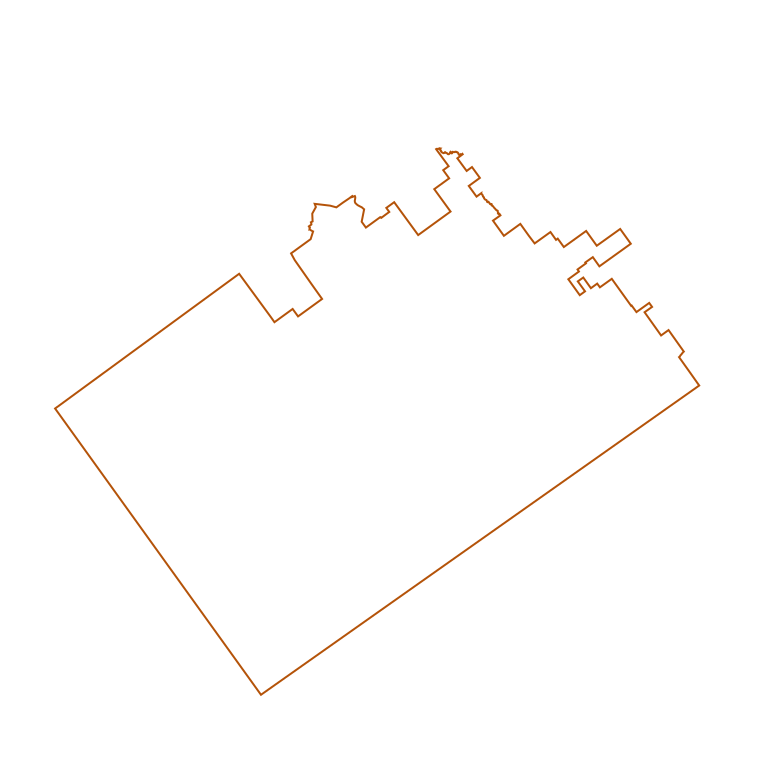 the district of Halls Creek, Western Australia, Australia, rotated 54°
{"feature_id": "25037944B45139039746134", "entity_name": "Halls Creek", "entity_type": "district", "adm_level": 2, "iso_a3": "AUS", "parent_name": "Australia", "parent_adm1": "Western Australia", "projection": "orthographic", "projection_center": [126.613, -19.001], "detail": "fine", "context": "isolated", "style": "outline", "palette": "amber", "viewbox_px": 768, "rotation_deg": 54, "n_neighbors": 0, "source": "geoboundaries", "source_scale": "gbopen_adm2", "svg_char_len": 4989}
<svg xmlns="http://www.w3.org/2000/svg" viewBox="0 0 768 768"><g transform="rotate(54 384 384)"><path d="M209.7,436.8L210.5,664.5L563.1,666.2L570.5,129.9L556.0,129.7L535.7,129.5L535.7,129.1L535.6,128.8L535.6,128.5L535.5,128.2L535.1,127.5L535.0,126.7L534.9,126.3L534.8,126.0L534.7,125.7L534.7,125.4L534.5,125.0L534.4,124.7L534.3,124.0L534.2,123.7L534.1,123.4L534.0,123.0L534.0,122.4L507.6,122.1L507.6,131.3L479.1,131.0L479.2,121.8L474.3,121.8L474.2,137.5L466.1,137.5L466.1,138.1L432.8,137.9L432.7,152.5L428.1,152.5L428.1,160.3L415.0,160.2L414.9,166.9L427.2,166.9L427.2,173.4L407.6,173.3L407.6,160.2L405.1,160.1L405.1,149.7L404.0,149.7L404.1,140.5L415.4,140.6L415.6,101.9L397.4,101.8L397.2,130.6L379.0,130.5L378.9,158.0L368.5,158.0L368.5,160.1L358.9,160.0L358.8,179.5L349.1,179.7L334.6,179.6L334.6,199.9L315.9,199.8L316.0,190.7L315.8,190.7L315.7,190.6L315.4,190.6L315.2,190.6L314.8,190.6L315.0,190.9L315.1,191.1L314.8,191.0L314.7,190.9L314.2,190.9L314.1,191.1L313.8,191.2L313.7,191.4L313.0,191.4L313.0,191.5L312.9,191.5L312.8,191.3L312.7,191.2L312.2,190.9L311.8,190.8L311.6,190.8L311.2,190.7L310.9,190.3L310.7,190.2L310.0,190.5L309.6,190.7L309.3,190.9L309.0,190.9L308.5,191.1L308.3,191.1L308.0,191.0L307.9,191.0L307.7,191.0L307.3,191.1L307.0,191.2L306.7,191.2L306.4,191.2L306.2,191.3L305.9,191.3L305.7,191.3L305.4,191.3L305.2,191.3L304.9,191.3L304.2,191.3L303.9,191.5L303.6,191.5L303.4,191.5L303.1,191.7L303.1,191.8L302.9,191.9L302.6,191.9L302.3,191.8L302.1,191.6L302.1,191.4L301.9,191.2L301.6,191.2L301.4,191.4L301.3,191.6L301.3,192.0L301.1,192.2L300.8,192.4L300.5,192.3L300.2,192.4L299.9,192.4L299.7,192.3L299.4,192.3L299.0,192.4L298.9,192.4L298.6,192.3L298.0,192.4L297.9,192.4L297.8,192.5L297.9,193.0L297.8,193.3L297.7,193.4L297.4,193.5L297.1,193.5L296.5,193.2L296.2,193.2L295.4,193.0L295.2,193.1L294.8,193.4L294.7,193.5L294.3,193.7L294.0,193.8L293.6,193.8L293.1,193.9L292.9,193.9L292.5,193.8L292.3,193.7L292.1,193.6L291.9,193.7L291.5,193.6L291.3,193.5L291.2,193.6L290.7,193.6L290.4,193.7L290.2,193.6L289.8,193.4L289.6,193.3L289.4,193.2L288.9,193.2L288.9,193.3L288.7,193.3L288.4,193.3L288.1,193.3L287.9,193.3L287.5,193.3L286.9,193.3L286.8,193.2L286.8,199.0L273.6,199.0L273.6,185.3L260.2,185.3L260.2,191.9L244.5,192.0L244.4,185.3L244.2,185.3L244.3,185.5L244.3,185.9L244.2,186.0L243.9,186.2L243.8,186.3L243.5,186.5L243.4,186.5L243.2,186.6L243.2,186.8L243.3,186.9L243.3,187.1L243.4,187.4L243.6,187.8L243.4,188.1L243.0,188.4L242.8,188.4L242.8,188.5L242.6,188.6L242.4,188.7L242.1,188.6L241.9,188.6L241.7,188.4L241.3,188.3L241.0,188.3L240.9,188.3L240.5,188.4L240.3,188.3L240.2,188.4L239.9,188.4L239.7,188.4L239.5,188.5L239.4,188.6L239.1,188.8L239.0,189.2L238.9,189.3L238.7,189.4L238.4,189.4L238.4,189.5L238.1,189.8L238.0,190.0L237.9,190.1L237.8,190.3L237.8,190.7L237.7,190.9L237.6,191.1L237.2,191.5L236.8,191.8L236.7,191.8L236.5,192.0L236.4,192.1L236.3,192.3L236.3,192.5L236.5,192.6L237.1,192.9L237.3,193.3L237.2,193.5L237.1,193.8L236.9,193.9L236.7,193.9L236.4,193.9L236.1,194.0L235.8,194.0L235.6,193.9L235.3,193.9L235.4,194.2L235.6,194.6L235.7,194.8L235.8,195.0L236.0,195.2L236.1,195.5L236.2,195.9L236.2,196.1L236.2,196.4L236.1,196.6L236.0,196.8L235.8,197.0L235.6,197.2L235.3,197.3L235.2,197.3L234.6,197.3L234.3,197.4L234.2,197.5L233.8,197.6L233.6,197.8L233.4,197.9L233.3,198.0L233.2,198.2L232.8,198.2L232.7,198.2L232.7,198.3L232.3,198.6L232.4,198.9L232.4,199.1L232.5,199.3L232.5,199.5L232.4,199.6L232.3,199.8L232.3,200.0L232.2,200.1L232.1,200.3L231.6,200.5L231.3,200.7L231.2,200.7L230.9,200.9L230.6,201.0L230.3,201.0L230.2,201.1L229.9,201.2L229.6,201.1L229.4,201.1L229.3,200.9L229.0,200.8L228.8,200.8L228.4,200.8L228.2,201.0L227.9,201.0L227.7,201.0L227.4,200.9L227.2,200.5L227.0,200.2L226.3,200.3L226.3,200.2L226.2,200.3L225.9,200.5L225.8,200.8L225.8,201.0L226.0,201.4L226.0,201.5L225.9,201.7L225.7,201.9L225.5,202.1L225.4,202.3L225.2,202.6L224.9,202.9L224.8,203.0L224.7,203.2L224.7,203.4L224.6,203.7L224.6,203.8L245.8,203.7L245.8,210.4L255.9,210.4L255.9,228.8L283.6,228.8L283.6,268.8L242.9,268.9L242.9,278.6L247.9,278.6L247.9,282.5L248.0,288.6L247.8,288.7L247.6,288.7L247.4,288.6L247.2,288.6L247.1,288.8L246.8,289.0L246.8,306.7L239.6,306.7L231.0,297.4L230.2,297.6L229.0,297.9L228.4,298.0L228.0,298.1L227.4,298.4L226.7,298.8L225.7,299.3L225.3,299.5L224.2,300.0L223.8,300.2L222.9,300.4L222.6,300.5L222.0,300.6L221.3,300.7L221.1,300.8L220.7,300.8L219.8,300.6L219.5,300.5L218.7,300.0L218.3,299.7L217.9,299.2L217.6,298.9L216.5,297.8L216.2,297.6L215.4,297.2L214.8,297.1L214.2,299.2L213.3,299.2L213.3,301.0L213.6,301.0L213.4,301.5L213.1,310.8L213.1,318.7L208.0,322.8L197.5,334.2L200.8,335.1L204.0,341.9L210.5,346.2L210.2,348.1L210.5,348.2L211.4,348.5L212.3,349.0L212.3,352.1L213.0,352.1L214.6,352.9L214.7,353.0L214.7,352.9L214.8,353.0L215.2,353.2L215.3,353.2L215.6,353.2L216.0,353.1L218.6,351.9L218.9,351.7L223.7,358.2L223.7,382.4L231.4,383.4L260.0,383.9L278.8,384.1L278.8,413.8L269.6,413.8L269.6,436.3L263.2,436.2L209.7,436.4L209.7,436.8Z" fill="none" stroke="#b45309" stroke-width="2"/></g></svg>